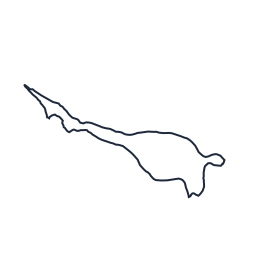 Al- Badari, Asyut, Egypt, rotated 144°
{"feature_id": "37247803B32615858974663", "entity_name": "Al- Badari", "entity_type": "district", "adm_level": 2, "iso_a3": "EGY", "parent_name": "Egypt", "parent_adm1": "Asyut", "projection": "equal_earth", "projection_center": [31.445, 26.947], "detail": "fine", "context": "isolated", "style": "outline", "palette": "slate", "viewbox_px": 256, "rotation_deg": 144, "n_neighbors": 0, "source": "geoboundaries", "source_scale": "gbopen_adm2", "svg_char_len": 3075}
<svg xmlns="http://www.w3.org/2000/svg" viewBox="0 0 256 256"><g transform="rotate(144 128 128)"><path d="M119.4,36.4L119.1,36.3L118.7,36.3L118.4,36.2L118.1,36.2L117.7,36.2L117.4,36.5L116.7,36.5L116.0,37.0L115.4,37.1L114.9,37.1L114.3,37.2L113.2,36.5L112.7,35.4L112.4,34.5L112.1,33.9L111.6,33.1L111.3,32.7L111.1,32.1L110.8,31.8L109.2,32.0L107.4,32.4L105.2,33.1L104.4,33.4L103.0,34.4L101.9,35.1L100.7,36.1L96.8,42.1L96.8,42.7L96.3,43.4L95.1,44.4L94.6,45.2L94.3,45.6L93.7,46.4L93.0,47.5L92.2,48.2L91.0,49.4L90.4,50.0L90.1,50.3L89.7,50.7L88.2,51.8L87.2,52.0L84.0,52.4L83.3,52.0L82.1,51.2L81.5,50.3L81.2,49.9L80.9,48.6L80.6,48.1L80.1,47.3L75.2,42.9L72.9,43.2L72.7,43.2L72.4,43.2L72.4,43.6L71.5,43.6L70.7,43.9L69.9,44.6L69.6,44.9L68.8,45.3L69.2,48.2L69.5,51.3L71.6,54.6L72.8,55.6L75.9,57.0L77.9,57.4L79.4,57.7L82.1,58.8L83.6,60.9L84.4,64.1L85.0,66.9L84.3,71.4L84.0,74.3L84.5,78.8L85.0,81.3L86.2,84.7L88.2,87.3L90.3,90.6L93.3,94.8L95.7,98.1L98.0,100.1L101.7,102.6L102.9,103.5L105.9,106.3L107.2,108.2L109.4,109.7L112.0,111.8L113.9,113.4L114.0,113.4L119.1,116.1L123.4,118.5L125.1,118.9L128.5,120.2L130.5,121.3L132.8,123.3L133.5,124.1L134.0,124.7L134.7,125.8L135.5,127.7L135.6,127.8L136.7,129.2L138.2,130.7L139.8,132.0L140.2,132.3L140.6,133.4L141.4,135.0L142.6,137.1L142.9,137.6L143.5,138.3L145.6,140.4L146.5,141.3L147.2,142.3L148.3,143.5L149.8,146.0L151.5,148.6L154.5,153.3L156.3,155.3L158.5,157.1L160.4,157.8L161.2,157.8L162.8,159.5L163.5,160.4L163.5,161.7L163.5,163.8L164.2,165.4L165.7,167.3L166.2,168.0L167.0,169.2L167.4,171.2L167.8,173.5L167.8,175.5L167.8,178.0L168.2,180.1L168.4,180.8L168.4,182.0L168.4,182.9L168.8,184.5L169.6,185.6L169.6,187.0L169.7,188.5L170.4,189.5L172.0,191.4L173.4,193.1L175.0,196.6L178.5,204.3L178.8,204.9L181.7,212.6L182.4,215.4L183.6,216.2L184.4,217.0L185.6,221.7L186.2,223.3L186.5,224.2L186.8,221.7L186.2,219.0L186.2,216.7L185.7,213.7L185.4,211.0L184.6,208.0L184.1,205.9L184.1,203.6L183.5,201.3L183.8,200.3L184.1,199.3L183.8,196.6L183.8,194.9L183.6,193.6L184.1,191.6L185.0,189.6L186.1,186.2L187.2,184.2L186.4,183.2L186.1,182.2L185.0,182.9L184.1,182.9L183.6,182.9L182.2,182.8L180.9,182.5L179.2,181.8L178.9,180.8L178.4,179.5L177.0,177.5L176.7,175.4L176.5,173.8L176.5,172.1L177.0,171.8L177.6,171.4L178.4,170.4L178.7,168.1L179.5,166.4L179.0,165.1L179.0,163.8L179.0,161.7L178.5,160.1L177.9,159.1L176.8,159.1L175.7,159.0L174.3,159.0L172.9,158.7L172.1,157.7L171.0,155.7L169.3,154.6L167.4,154.0L166.0,152.9L164.4,151.9L163.5,151.3L163.2,150.9L162.4,150.2L162.4,148.6L162.1,147.9L161.0,145.9L160.5,143.5L159.1,140.2L157.8,136.8L156.1,133.8L154.7,131.8L152.9,129.3L152.5,128.8L151.1,126.7L148.9,124.0L147.6,121.7L145.9,120.3L144.5,118.7L142.7,116.3L140.7,109.3L140.0,106.5L139.4,103.2L138.8,96.7L140.1,91.0L139.6,85.8L138.9,82.1L138.2,81.0L137.5,78.2L137.7,75.8L137.2,71.7L136.1,69.5L131.7,65.8L126.7,62.4L124.5,61.3L120.8,59.4L120.1,59.0L119.2,58.6L116.8,57.3L115.6,55.9L114.8,54.6L114.3,52.9L114.3,50.2L114.8,48.9L115.1,47.9L115.4,47.6L116.2,45.6L116.8,43.2L117.4,41.2L117.9,39.9L118.5,38.2L119.4,36.4Z" fill="none" stroke="#1e293b" stroke-width="2"/></g></svg>